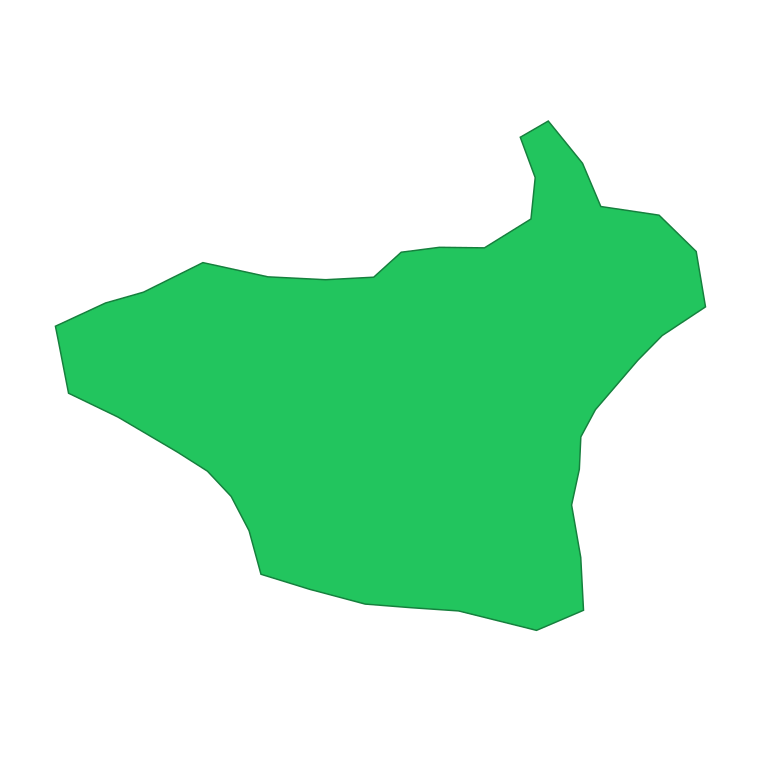 outline of Klirou, Nicosia, Cyprus, rotated 87°
{"feature_id": "46923920B55215381984426", "entity_name": "Klirou", "entity_type": "district", "adm_level": 2, "iso_a3": "CYP", "parent_name": "Cyprus", "parent_adm1": "Nicosia", "projection": "equal_earth", "projection_center": [33.181, 35.009], "detail": "fine", "context": "isolated", "style": "filled", "palette": "green", "viewbox_px": 768, "rotation_deg": 87, "n_neighbors": 0, "source": "geoboundaries", "source_scale": "gbopen_adm2", "svg_char_len": 660}
<svg xmlns="http://www.w3.org/2000/svg" viewBox="0 0 768 768"><g transform="rotate(87 384 384)"><path d="M620.4,196.6L567.5,196.6L514.7,203.0L479.4,193.4L447.1,190.2L420.7,174.2L373.7,129.4L350.2,103.7L323.8,58.9L268.0,65.3L229.8,100.5L218.1,158.2L174.0,174.2L130.0,206.2L144.7,235.0L185.8,222.2L226.9,228.6L253.3,276.6L250.4,321.5L253.3,359.9L276.8,388.7L276.8,436.8L270.9,494.4L253.3,558.5L279.7,619.4L288.5,657.8L309.1,709.1L323.4,707.0L376.7,699.5L403.1,651.4L441.3,593.7L461.8,564.9L488.3,542.5L523.5,526.4L567.6,516.8L585.2,468.8L602.8,414.3L608.7,369.5L614.5,321.5L638.0,244.6L620.4,196.6Z" fill="#22c55e" stroke="#15803d" stroke-width="1.5"/></g></svg>